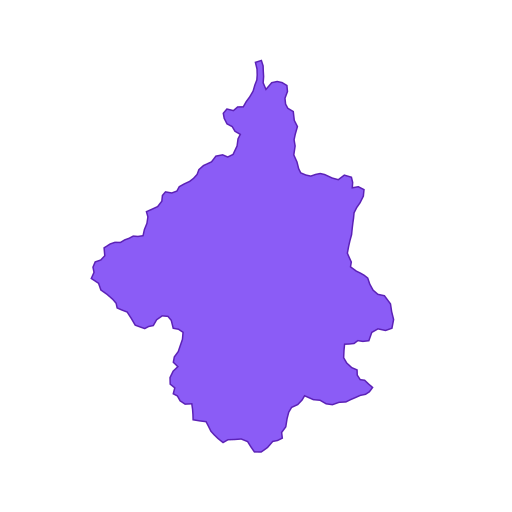 Paula Cândido, Minas Gerais, Brazil (orthographic projection), rotated 198°
{"feature_id": "56859067B72410336703321", "entity_name": "Paula Cândido", "entity_type": "district", "adm_level": 2, "iso_a3": "BRA", "parent_name": "Brazil", "parent_adm1": "Minas Gerais", "projection": "orthographic", "projection_center": [-42.983, -20.87], "detail": "fine", "context": "isolated", "style": "filled", "palette": "violet", "viewbox_px": 512, "rotation_deg": 198, "n_neighbors": 0, "source": "geoboundaries", "source_scale": "gbopen_adm2", "svg_char_len": 2760}
<svg xmlns="http://www.w3.org/2000/svg" viewBox="0 0 512 512"><g transform="rotate(198 256 256)"><path d="M405.7,183.7L397.3,181.4L393.0,175.7L385.8,173.5L378.6,170.4L374.4,167.8L372.0,163.7L367.1,163.2L361.2,162.9L355.2,158.0L349.5,152.9L344.0,152.7L339.4,152.6L336.3,155.8L332.2,158.1L330.8,164.7L326.7,170.1L321.1,171.4L316.7,168.6L312.4,161.7L307.1,162.4L301.8,160.9L300.2,154.0L300.3,148.5L300.4,141.1L302.5,134.8L301.8,129.4L296.1,126.6L299.2,120.9L300.2,113.8L298.0,107.6L292.5,105.5L292.1,99.4L287.5,98.6L283.4,94.8L277.7,93.2L271.4,95.6L269.0,90.7L267.0,85.8L265.2,80.8L258.6,81.8L252.3,83.0L248.9,79.7L244.7,75.4L240.5,73.0L235.8,70.7L229.7,68.4L225.9,72.6L219.6,74.9L213.5,77.4L206.6,76.9L202.0,73.0L197.0,69.2L190.5,71.2L185.9,77.4L182.8,84.8L178.5,87.2L174.7,90.9L177.1,96.1L174.9,102.7L176.2,110.9L176.6,117.6L175.4,123.0L170.4,127.6L167.7,133.2L166.6,138.1L161.8,137.6L157.1,137.1L150.5,138.6L143.6,137.1L137.4,138.2L131.8,142.5L125.4,145.0L121.6,148.7L117.7,152.1L113.7,155.7L109.1,158.3L106.2,161.9L104.5,167.0L109.1,168.9L114.3,171.4L118.7,170.6L122.9,174.0L124.7,178.9L130.4,179.4L136.6,182.2L141.2,186.3L143.1,193.2L144.5,199.5L140.2,201.1L135.7,203.1L133.0,207.0L128.0,207.8L122.5,210.3L122.3,219.1L117.5,224.4L109.8,225.2L104.4,229.3L105.5,238.1L109.8,245.0L113.3,252.0L121.6,257.9L128.3,257.2L134.1,259.7L139.1,264.4L142.9,269.5L147.2,271.1L151.5,272.0L155.9,272.6L162.8,274.9L163.5,279.7L166.6,283.1L170.0,286.9L170.9,294.0L171.4,299.4L171.7,305.8L173.1,312.3L174.1,317.4L174.9,322.0L176.1,327.4L175.2,333.2L173.5,338.8L172.4,346.1L173.8,352.5L180.1,353.5L185.5,350.6L186.8,355.8L189.6,360.4L197.0,360.2L201.3,354.0L207.6,353.7L215.9,354.7L220.4,354.3L224.5,352.0L228.6,348.9L233.7,348.4L239.2,348.9L242.4,352.2L246.1,358.1L251.3,363.8L252.8,372.7L255.7,378.3L256.3,383.9L256.6,391.9L261.5,396.8L265.2,404.9L271.4,406.3L274.8,409.6L277.2,415.0L276.9,422.2L279.3,427.7L284.8,429.0L289.8,428.5L294.6,425.7L298.0,417.5L302.7,422.9L304.2,429.0L306.1,433.8L308.0,439.0L311.3,443.6L316.4,440.0L312.8,434.1L310.8,428.5L309.6,423.7L309.9,418.3L309.7,411.9L311.1,405.5L313.0,399.8L314.2,393.9L319.5,392.1L322.4,387.3L329.1,386.8L331.2,381.6L328.8,377.1L324.4,372.7L318.6,371.7L314.5,368.1L308.5,366.8L309.3,361.9L308.0,354.8L309.2,345.5L313.5,341.4L319.0,341.9L325.0,338.6L327.4,331.8L333.9,325.8L337.0,320.5L337.2,315.4L339.4,310.5L342.2,306.4L346.6,302.3L350.4,298.2L351.3,293.3L355.6,289.9L361.9,289.0L363.7,284.7L362.5,279.0L364.8,272.6L369.0,268.7L373.9,264.3L370.9,259.8L369.8,253.3L370.3,246.7L369.7,240.4L374.3,238.1L378.9,237.0L382.2,233.6L385.8,230.8L389.1,227.0L394.4,225.4L398.4,222.4L403.0,216.8L399.9,209.5L402.4,204.2L407.1,200.7L407.6,195.0L405.0,190.4L405.7,183.7Z" fill="#8b5cf6" stroke="#5b21b6" stroke-width="1.5"/></g></svg>